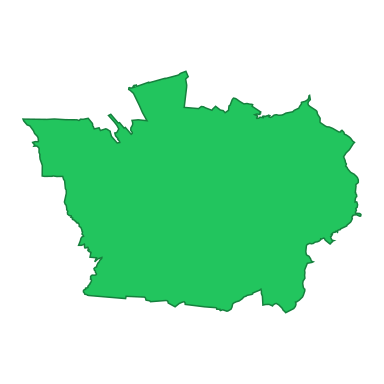 Valenii De Munte, Prahova, Romania (Natural Earth projection)
{"feature_id": "2599482B21871651399137", "entity_name": "Valenii De Munte", "entity_type": "district", "adm_level": 2, "iso_a3": "ROU", "parent_name": "Romania", "parent_adm1": "Prahova", "projection": "natural_earth1", "projection_center": [26.048, 45.192], "detail": "fine", "context": "isolated", "style": "filled", "palette": "green", "viewbox_px": 384, "rotation_deg": 0, "n_neighbors": 0, "source": "geoboundaries", "source_scale": "gbopen_adm2", "svg_char_len": 5949}
<svg xmlns="http://www.w3.org/2000/svg" viewBox="0 0 384 384"><path d="M299.2,300.2L302.5,297.0L303.4,295.1L304.8,290.9L304.8,289.2L304.1,288.8L303.3,287.3L302.7,283.5L303.1,281.0L304.9,278.3L304.6,275.2L304.9,272.7L304.6,270.1L307.3,263.3L312.0,262.4L313.2,261.8L311.6,261.2L311.2,260.7L310.6,258.8L309.0,256.3L306.8,255.1L306.3,254.4L305.8,251.7L306.4,245.8L306.8,245.0L307.4,244.4L309.9,243.3L311.2,243.8L313.1,243.5L315.2,242.1L317.4,241.8L319.1,241.1L320.7,239.7L320.7,238.8L321.5,239.0L323.8,238.1L324.4,238.4L325.2,240.1L329.6,243.7L330.1,244.0L330.5,243.8L331.4,242.4L332.4,241.8L332.6,241.1L333.9,240.6L332.1,240.2L331.0,238.3L330.6,236.6L331.3,236.3L332.2,234.7L331.3,234.5L331.3,234.3L333.5,232.4L335.1,232.3L335.7,231.3L336.2,231.3L337.5,232.3L337.7,231.8L337.5,230.7L338.4,230.0L340.0,229.8L340.5,229.3L340.5,228.9L346.7,226.0L347.1,225.0L350.3,222.4L350.9,221.7L352.2,219.0L352.3,218.5L351.9,218.0L351.9,217.0L352.4,216.8L352.7,215.5L354.0,215.0L356.6,214.8L359.7,216.2L360.6,216.1L361.0,214.8L360.7,214.2L359.7,213.5L355.5,213.2L355.5,211.8L356.4,210.4L355.8,208.5L357.2,207.2L357.6,204.7L356.8,202.0L355.8,201.8L355.1,202.1L355.1,200.5L355.5,198.2L356.2,196.9L356.7,196.6L356.6,194.9L356.0,194.2L355.7,192.8L355.3,192.7L356.0,186.1L355.8,185.2L356.1,184.3L357.7,183.1L358.3,182.3L358.3,179.9L357.5,177.8L356.4,176.3L355.1,175.3L354.6,174.5L350.6,172.3L347.8,169.0L347.0,167.3L345.7,166.2L346.4,164.0L345.5,162.6L345.1,160.4L343.6,156.8L346.1,152.9L349.4,149.7L353.2,143.8L354.5,142.4L352.7,141.1L350.6,138.2L348.9,136.7L346.0,134.8L344.4,134.2L343.9,132.3L342.0,130.3L341.2,130.6L340.6,131.9L338.9,132.0L332.7,128.4L329.3,127.0L326.9,126.8L325.4,126.1L320.3,122.6L320.0,122.0L320.1,118.2L317.5,114.1L316.9,111.3L315.7,110.2L310.0,106.5L308.7,105.4L308.1,104.5L308.0,103.1L308.4,101.7L310.3,99.7L309.6,95.4L309.0,95.8L308.8,97.5L308.0,99.5L305.2,101.3L301.5,102.3L301.3,102.7L301.5,103.5L301.2,104.3L299.7,106.3L298.8,108.2L294.3,110.3L292.7,111.8L285.9,113.1L283.0,114.7L281.6,115.1L278.7,115.3L276.4,114.7L274.1,115.1L271.8,116.9L270.6,117.4L269.1,117.0L269.0,116.6L269.8,115.6L268.4,115.2L268.1,115.7L266.2,116.0L265.6,116.5L263.8,116.1L262.7,116.3L262.6,116.9L263.5,117.4L263.4,117.7L259.9,117.2L258.7,118.3L256.8,118.4L256.6,118.0L257.5,116.5L257.5,115.9L254.8,114.7L256.9,114.0L259.7,114.5L260.0,114.3L259.8,113.3L260.6,112.9L260.0,112.0L260.4,111.8L252.1,106.3L252.7,104.7L251.9,104.3L249.9,104.2L247.0,103.5L243.9,103.9L240.0,101.6L236.2,98.9L235.1,98.4L233.5,98.1L232.3,99.5L230.1,105.2L229.0,105.9L228.5,110.3L225.1,112.7L223.2,110.6L220.4,110.1L215.6,106.3L212.7,109.1L211.9,110.3L205.1,107.7L203.6,106.8L201.3,106.5L198.6,108.6L184.2,107.4L186.6,87.3L186.7,85.1L185.7,79.4L186.0,78.6L188.2,76.7L185.9,71.3L181.1,73.1L180.1,73.6L178.9,74.8L177.2,75.4L165.2,78.6L165.1,78.3L164.6,78.4L148.9,82.8L148.7,82.2L136.8,86.4L136.3,85.0L134.8,85.5L134.2,85.3L133.2,86.3L134.4,87.2L131.1,88.1L130.6,88.1L129.7,87.6L128.9,87.8L128.7,89.5L130.0,90.2L133.5,93.4L139.3,105.3L142.5,112.6L147.0,120.7L138.2,119.8L132.0,120.4L132.7,122.8L132.7,124.3L132.4,125.3L130.9,127.9L130.8,129.3L130.8,130.3L132.3,132.5L132.3,133.3L131.2,134.3L125.3,127.4L124.1,128.1L119.5,122.6L118.2,123.0L110.8,114.3L108.5,115.5L114.2,121.9L116.9,125.4L118.8,128.9L117.0,132.2L116.4,132.7L114.8,133.0L115.5,135.8L117.8,138.5L118.0,138.9L117.8,139.3L119.4,141.1L119.8,142.5L117.2,143.0L111.5,136.4L110.3,132.3L110.2,131.3L107.1,129.3L105.8,128.8L100.4,130.5L99.1,127.8L94.2,128.9L93.4,126.8L92.6,125.7L92.7,124.9L92.4,123.4L88.2,118.3L83.2,119.3L80.4,119.2L79.5,120.3L78.9,120.5L76.9,119.8L65.7,119.7L54.4,119.0L47.0,119.4L23.0,119.1L23.8,121.0L27.1,124.9L29.9,125.9L33.5,130.8L34.6,133.5L37.2,136.2L38.1,137.7L38.4,141.2L38.0,141.8L35.4,141.6L32.6,142.4L32.9,143.0L33.8,143.4L34.0,144.3L34.7,145.0L33.9,146.2L36.2,146.0L37.3,146.3L39.1,148.3L39.0,152.3L39.9,154.5L39.8,156.3L40.1,159.1L42.3,165.4L42.2,176.0L44.4,176.4L52.2,176.3L53.0,175.9L56.8,176.5L62.7,176.4L63.6,179.4L64.6,180.7L65.4,188.8L66.2,189.9L66.3,193.3L64.4,202.0L65.2,204.2L66.2,205.3L66.7,208.5L66.7,209.7L67.8,211.3L67.4,212.4L67.6,214.2L69.4,215.6L71.3,215.9L71.4,216.5L70.9,217.3L72.7,218.1L72.4,219.0L72.5,219.4L74.6,220.3L75.3,221.3L75.9,221.4L76.5,222.7L77.0,222.9L77.8,222.6L78.0,223.3L78.9,223.9L79.2,224.5L79.2,226.4L80.8,227.4L81.9,230.0L81.9,231.0L82.6,232.0L82.0,234.1L83.1,235.2L83.6,236.2L81.9,237.0L81.0,238.3L80.3,241.0L78.6,245.3L81.6,245.3L84.3,244.1L84.5,244.6L84.4,245.4L84.7,247.8L85.8,248.0L87.2,247.3L87.9,247.3L88.2,248.0L88.0,249.2L89.0,249.6L89.0,249.9L88.0,250.6L89.2,251.7L90.6,252.1L90.6,252.8L90.9,252.8L90.0,257.2L96.5,257.8L94.7,261.8L98.1,258.8L101.9,257.4L101.9,258.0L101.2,259.1L100.0,260.1L98.6,262.6L98.1,262.8L96.8,265.5L96.6,266.9L95.3,267.3L94.0,268.5L94.4,270.2L95.3,270.9L95.5,272.5L96.4,273.6L96.4,274.4L95.8,274.9L94.8,275.2L92.1,275.1L90.8,276.2L90.5,277.0L90.9,278.3L90.4,279.0L91.3,279.7L91.5,280.4L91.2,281.7L90.4,282.6L90.2,283.8L89.6,284.0L88.8,285.4L87.9,286.2L88.0,287.3L87.7,287.7L85.6,288.1L85.6,289.4L84.5,289.5L83.5,290.4L83.4,291.9L84.2,292.7L84.8,294.2L86.7,294.6L87.5,295.2L88.8,295.5L125.6,298.6L126.1,296.3L144.4,297.1L145.1,297.5L145.6,298.4L145.9,300.0L146.2,300.2L149.7,300.8L150.5,301.7L165.8,300.5L167.1,300.7L167.9,301.4L168.2,303.0L175.1,306.8L179.2,303.5L182.2,302.2L184.1,301.7L185.0,302.6L185.2,304.4L204.4,306.8L216.0,307.7L216.7,308.3L216.7,309.2L220.0,309.3L220.0,310.3L220.4,310.6L222.8,309.8L226.8,311.2L227.9,311.0L231.0,309.2L232.0,307.1L232.6,304.2L233.4,303.2L235.9,301.9L239.2,300.9L242.3,298.7L243.8,297.0L246.4,296.0L247.0,295.4L251.8,294.4L252.6,294.0L253.0,292.9L259.6,290.2L260.9,289.2L261.4,291.1L261.4,293.6L262.4,296.2L262.9,305.1L265.5,304.5L269.1,304.4L272.5,305.9L272.6,305.5L274.5,304.0L276.2,303.4L278.8,304.9L282.1,308.2L283.3,310.4L284.3,311.1L285.7,312.7L293.7,308.6L295.3,306.5L295.7,305.4L296.0,304.0L295.5,302.1L296.5,302.0L299.2,300.2Z" fill="#22c55e" stroke="#15803d" stroke-width="1.5"/></svg>